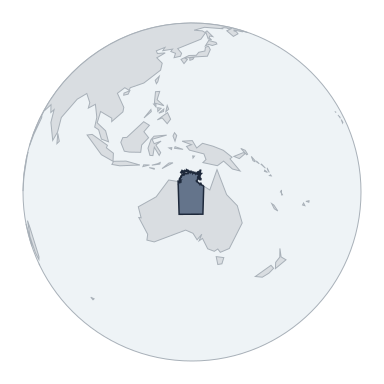 Northern Territory highlighted on a globe, orthographic projection
{"feature_id": "AUS-2650", "entity_name": "Northern Territory", "entity_type": "Territory", "adm_level": 1, "iso_a3": "AUS", "parent_name": "Australia", "parent_adm1": "", "projection": "orthographic", "projection_center": [133.869, -18.484], "detail": "fine", "context": "on_globe", "style": "filled", "palette": "slate", "viewbox_px": 384, "rotation_deg": 0, "n_neighbors": 0, "source": "natural_earth", "source_scale": "10m", "svg_char_len": 10719}
<svg xmlns="http://www.w3.org/2000/svg" viewBox="0 0 384 384"><circle cx="192" cy="192" r="169" fill="#eef3f6" stroke="#a8b0b8"/><path d="M309.0,200.7L309.0,202.0L308.8,202.1L309.0,200.7ZM278.4,46.8L278.3,46.7L278.2,46.7L278.4,46.8ZM342.6,123.1L341.2,119.5L342.9,122.3L342.6,123.1ZM339.8,117.0L340.4,118.3L339.7,117.2L339.8,117.0ZM338.9,116.0L339.5,116.8L339.0,116.3L338.9,116.0ZM337.9,115.1L338.4,115.4L338.4,115.5L337.9,115.1ZM336.0,112.6L335.4,111.9L335.7,111.9L336.0,112.6ZM188.7,23.1L189.5,23.1L190.2,23.0L203.5,23.4L216.7,24.9L229.8,27.3L242.7,30.8L241.9,30.6L247.9,32.6L243.4,31.4L242.4,31.8L234.0,30.0L234.0,30.9L236.3,31.7L238.0,33.8L233.4,36.4L226.8,30.8L231.7,28.5L228.8,28.8L226.3,27.9L223.4,27.7L221.6,28.3L223.3,28.8L204.6,27.3L194.1,30.2L202.4,30.9L205.5,32.8L200.9,39.2L177.7,48.6L181.6,53.3L180.5,56.2L174.1,57.7L175.5,53.3L170.8,51.5L172.6,49.1L162.8,50.7L165.0,47.4L156.3,50.8L157.4,53.5L165.2,52.9L156.8,57.8L162.2,63.2L160.6,70.1L143.9,83.0L130.3,87.7L129.0,90.2L124.8,87.7L117.4,93.3L123.8,107.4L122.9,111.9L111.7,121.6L111.8,118.2L100.6,111.5L97.2,122.8L105.6,130.8L108.5,141.8L101.4,139.1L98.6,129.7L94.7,127.1L96.8,117.3L95.4,104.3L88.3,108.1L89.8,102.7L86.8,93.5L77.2,99.2L61.3,117.5L57.5,132.2L52.7,140.4L50.9,122.4L54.1,109.6L50.8,112.5L51.0,104.7L44.0,111.1L45.3,108.5L43.5,111.5L43.6,111.3L49.6,101.0L56.3,91.3L63.7,82.0L71.8,73.3L80.4,65.1L89.6,57.6L99.2,50.8L109.4,44.6L119.9,39.2L130.8,34.5L142.0,30.6L153.5,27.5L165.1,25.2L176.9,23.7L188.7,23.1ZM39.4,119.4L40.2,117.9L44.2,110.4L41.9,115.2L41.7,117.6L33.8,134.4L29.3,146.3L33.8,132.6L39.4,119.4ZM26.6,157.4L28.1,152.0L27.2,155.8L23.9,176.6L23.0,191.1L24.0,174.2L26.6,157.4ZM26.1,223.9L26.3,225.0L30.0,239.8L32.0,246.4L26.1,223.9ZM39.1,263.8L39.5,264.6L39.7,265.2L39.1,263.8ZM90.8,297.2L94.1,298.8L93.0,299.8L90.8,297.2ZM30.1,228.1L39.0,256.8L38.9,259.5L35.4,252.7L29.8,236.2L28.9,228.9L27.5,220.6L30.1,228.1ZM149.2,167.6L154.3,168.4L154.2,169.2L149.2,167.6ZM143.7,164.8L149.5,165.0L142.9,166.6L143.7,164.8ZM151.8,165.2L157.6,163.7L160.2,162.5L159.8,164.1L151.8,165.2ZM139.9,165.0L119.7,165.8L111.9,164.4L113.6,161.3L126.1,161.1L139.9,165.0ZM113.0,161.3L101.4,154.7L87.1,135.0L92.2,134.4L107.4,145.3L106.4,147.8L113.4,153.2L113.0,161.3ZM141.7,145.0L140.7,152.3L129.4,152.1L124.3,151.2L120.8,142.3L122.8,137.6L126.8,137.4L143.7,121.7L149.4,125.3L143.9,131.7L148.6,137.7L141.7,145.0ZM57.8,133.4L59.3,141.3L56.9,143.7L57.8,133.4ZM151.3,111.6L144.0,117.9L150.9,109.5L151.3,111.6ZM155.9,104.0L156.0,107.0L153.5,104.0L155.9,104.0ZM128.1,94.2L123.7,95.2L124.0,93.1L129.8,90.7L128.1,94.2ZM159.3,76.2L157.8,81.7L156.4,83.7L155.2,80.3L159.3,76.2ZM271.0,265.3L273.6,268.3L269.0,273.1L262.3,277.2L255.3,276.5L271.0,265.3ZM217.8,264.5L216.2,256.6L223.8,257.6L221.9,263.8L217.8,264.5ZM275.7,262.3L279.8,257.1L279.9,248.4L281.1,256.9L286.0,259.8L275.4,268.6L275.7,262.3ZM185.6,230.1L154.2,241.9L146.9,240.1L147.7,234.3L138.8,217.5L141.1,217.8L138.3,206.8L156.2,196.8L168.7,180.0L179.9,181.8L187.6,170.4L199.6,172.6L196.6,181.7L209.8,190.0L217.0,169.6L226.6,194.6L237.3,205.7L242.2,223.0L229.3,248.5L220.3,252.3L217.8,249.0L214.3,251.3L207.7,248.8L202.5,238.4L199.1,240.8L201.8,234.2L197.1,239.8L193.0,233.3L185.6,230.1ZM271.7,203.6L273.9,205.1L277.8,211.0L274.3,208.8L271.7,203.6ZM303.6,203.0L304.9,205.7L302.5,205.0L303.6,203.0ZM308.8,202.1L305.9,201.4L309.0,200.7L308.8,202.1ZM281.3,192.8L282.5,194.8L281.7,195.0L281.3,192.8ZM280.4,192.0L281.5,190.0L281.5,192.4L280.4,192.0ZM269.5,175.6L270.6,174.8L271.3,175.9L269.5,175.6ZM162.0,168.6L169.0,163.0L173.0,162.8L162.0,168.6ZM267.5,172.4L264.4,171.3L264.7,170.2L267.5,172.4ZM267.6,169.7L267.1,167.8L269.3,172.5L267.6,169.7ZM261.5,164.1L265.4,168.2L261.1,164.3L261.5,164.1ZM259.3,163.8L256.5,161.8L256.7,161.3L259.3,163.8ZM230.0,158.9L240.1,171.0L232.4,169.0L223.6,161.1L217.4,165.7L202.9,162.6L206.0,159.5L203.9,153.9L189.4,150.1L186.5,146.4L191.5,144.7L182.1,141.2L192.3,140.6L196.7,148.0L202.5,143.3L213.0,146.2L223.3,150.3L232.0,157.2L230.0,158.9ZM192.7,155.9L194.5,156.1L193.0,158.1L192.7,155.9ZM251.3,156.4L255.3,161.0L254.9,161.7L253.0,160.7L251.3,156.4ZM233.9,156.4L243.1,152.7L245.4,153.4L239.3,158.6L233.9,156.4ZM240.8,148.4L245.2,150.3L247.6,154.2L246.7,154.8L240.8,148.4ZM171.8,147.6L171.5,149.5L168.9,147.9L171.8,147.6ZM175.1,146.7L183.1,149.4L174.5,148.3L175.1,146.7ZM152.0,139.3L154.2,143.7L161.1,141.1L155.9,145.0L160.7,152.6L159.2,155.4L154.3,147.2L152.9,155.6L149.9,155.4L148.0,148.2L151.0,139.6L154.0,136.2L166.7,135.1L152.0,139.3ZM175.0,141.2L173.0,136.0L174.5,132.7L176.7,135.5L175.0,141.2ZM167.2,123.7L162.2,117.9L157.3,119.9L167.5,112.6L170.6,119.2L167.2,123.7ZM163.5,111.5L158.8,113.2L163.8,109.0L163.5,111.5ZM157.8,111.4L157.7,107.7L161.1,108.3L157.8,111.4ZM165.8,111.7L167.2,105.5L168.7,109.2L165.8,111.7ZM157.1,99.7L163.9,105.7L154.4,103.0L155.5,91.7L159.7,91.4L157.1,99.7ZM189.9,60.3L189.7,57.9L193.9,57.7L192.8,59.4L189.9,60.3ZM207.4,56.2L194.9,56.9L184.9,58.2L187.4,59.5L184.0,63.6L181.0,59.4L189.0,55.5L196.3,55.3L198.7,52.3L204.9,51.0L205.4,47.3L208.5,46.2L210.3,49.6L207.4,56.2ZM205.4,45.8L208.7,40.5L216.0,42.4L216.9,44.0L212.3,45.5L208.7,44.4L205.4,45.8ZM211.6,39.9L208.2,38.9L205.7,31.8L207.0,30.9L212.8,36.6L209.8,36.0L209.1,37.6L211.6,39.9Z" fill="#d9dde1" stroke="#a8b0b8" stroke-width="1"/><path d="M178.1,181.5L178.7,181.9L178.7,182.2L178.6,182.6L178.8,182.4L178.8,182.6L178.9,182.2L178.8,181.4L178.9,181.6L179.1,181.5L179.5,181.7L179.8,182.0L179.8,182.4L180.0,182.3L180.1,182.5L180.2,182.4L179.9,181.7L180.0,181.4L180.4,181.5L180.8,181.2L180.9,181.3L180.9,181.0L180.4,181.3L180.4,181.2L180.2,181.3L180.0,181.1L179.8,180.7L180.2,180.7L180.4,180.5L180.0,180.6L179.6,180.5L179.1,180.2L179.2,179.9L179.5,179.4L179.5,179.1L179.8,179.2L179.8,178.9L179.9,179.0L180.2,178.9L180.1,178.5L180.4,178.2L180.6,177.3L180.7,177.5L180.8,177.5L181.3,177.3L181.6,176.9L181.9,177.0L181.2,176.4L181.3,175.8L181.4,175.7L181.5,175.8L181.8,175.7L181.9,175.0L182.0,175.0L182.2,174.9L182.4,174.9L182.6,175.1L182.9,175.1L182.5,174.8L182.5,174.7L182.6,174.3L182.5,174.2L183.1,174.3L183.1,174.7L183.5,174.9L183.5,174.7L183.7,174.8L183.4,174.5L183.7,174.6L183.4,174.3L183.2,174.3L183.2,174.2L183.5,174.0L183.9,174.1L183.7,173.5L183.8,173.4L184.0,173.4L184.5,173.7L184.6,173.1L184.7,173.6L185.0,173.8L186.0,173.7L186.3,173.6L186.8,173.8L187.3,173.4L187.4,173.6L187.7,173.6L187.8,173.8L187.7,174.1L187.9,173.8L187.9,173.4L188.2,173.2L188.6,173.3L188.8,173.3L188.4,173.1L188.5,172.5L188.3,172.3L188.6,171.9L188.3,171.8L188.0,171.4L187.7,171.3L186.9,171.5L186.7,171.4L186.7,171.2L186.4,171.2L186.5,171.0L185.9,170.9L186.0,170.8L186.1,170.6L186.3,170.5L186.4,170.8L186.5,170.7L186.5,170.4L186.8,170.7L186.9,171.0L187.0,170.9L187.1,171.2L187.3,171.0L187.1,170.9L187.1,170.4L187.4,170.8L187.4,170.5L187.6,170.4L187.7,170.8L187.9,170.6L188.0,170.7L188.5,171.5L189.0,171.2L189.7,171.5L190.0,172.1L190.5,172.0L190.4,172.2L190.7,172.1L190.9,172.3L191.0,172.2L191.0,172.5L191.1,172.4L191.4,172.4L191.8,172.1L192.1,172.1L191.9,172.4L191.9,172.5L192.2,172.7L192.5,172.5L192.8,172.6L192.9,172.8L192.9,173.2L193.2,172.8L193.6,173.1L194.1,173.1L194.6,172.8L194.9,173.3L195.2,173.4L195.5,173.7L195.9,173.8L195.7,173.6L196.3,173.6L195.9,173.5L196.2,173.3L196.5,173.2L196.6,173.3L196.8,173.1L197.0,173.2L197.3,173.0L196.9,173.1L197.0,172.8L197.4,172.8L197.8,172.5L197.8,172.2L198.0,172.3L197.9,172.5L197.3,173.0L197.9,172.9L197.1,173.4L197.4,173.9L197.8,173.4L197.9,173.5L198.3,173.1L198.0,173.6L198.3,173.6L198.1,174.0L198.2,174.3L198.9,174.3L199.2,173.7L198.7,173.5L199.8,172.7L199.5,172.9L199.7,173.0L200.0,173.8L200.3,173.8L200.3,173.6L200.1,173.6L200.3,173.5L200.7,173.6L200.8,174.0L201.0,174.0L200.3,174.6L200.5,174.3L200.3,174.4L200.3,174.7L200.1,174.8L200.1,175.1L199.9,175.1L199.9,175.4L199.7,175.2L199.7,175.3L199.5,175.2L199.5,175.5L200.0,175.9L199.8,176.0L199.7,175.8L199.7,176.1L199.5,176.6L199.4,176.5L199.0,176.8L199.2,176.6L199.2,176.1L199.0,176.4L198.8,176.3L198.8,176.5L198.6,176.7L198.5,176.3L198.3,176.6L198.3,176.8L198.1,176.5L197.9,176.7L197.8,177.0L198.0,177.1L197.7,177.2L197.7,177.6L197.9,177.9L197.8,178.0L198.0,178.1L198.2,177.8L198.3,177.8L198.1,178.5L197.9,178.7L197.8,179.4L197.4,179.6L197.1,180.1L196.7,180.7L196.3,180.9L196.6,181.6L198.7,183.0L198.8,183.4L199.5,183.9L200.1,184.3L200.1,184.6L200.3,184.5L200.7,184.6L200.9,184.4L201.9,185.1L203.0,185.5L203.3,186.1L203.7,186.4L202.9,214.2L179.1,214.3L178.1,181.5ZM185.3,171.2L185.2,171.4L185.1,171.5L185.1,171.8L184.8,171.7L184.6,172.2L183.6,172.8L182.3,172.0L181.9,170.7L182.0,170.5L182.3,170.9L182.5,170.9L182.5,171.2L182.8,171.3L182.9,171.2L183.5,171.0L183.8,171.3L183.8,171.0L184.1,170.8L184.3,171.2L184.3,170.8L184.5,170.6L184.6,170.9L184.9,170.8L185.1,171.2L185.3,171.2ZM200.9,179.3L200.8,179.7L200.7,179.7L200.2,179.6L199.9,179.7L199.3,179.4L199.0,179.5L199.3,179.2L199.3,178.3L199.6,178.4L199.6,178.2L199.8,178.3L199.9,178.2L199.7,177.9L199.9,178.0L200.2,177.8L200.0,178.1L200.2,178.4L200.4,178.4L200.5,178.1L200.7,178.3L200.5,178.6L200.3,178.7L200.3,178.8L200.1,179.1L200.2,179.4L200.3,179.3L200.6,179.5L200.7,179.3L200.9,179.3ZM182.1,172.1L182.6,172.3L182.3,172.5L181.8,172.3L181.1,172.5L180.9,172.4L181.0,172.3L181.0,172.1L181.4,172.1L181.4,171.6L181.6,171.1L181.8,171.0L182.0,171.4L181.9,171.6L182.2,171.8L182.1,172.1ZM188.0,170.5L188.1,170.3L187.9,170.1L188.2,170.1L188.3,169.9L188.3,170.5L188.3,171.0L188.0,170.5ZM201.1,183.7L201.2,184.1L201.1,184.3L200.8,183.9L200.7,183.9L200.9,183.6L201.1,183.7ZM200.4,170.2L200.2,170.7L199.7,171.3L200.2,170.6L200.2,170.2L200.4,170.2ZM198.9,178.0L198.8,178.4L198.7,178.4L198.6,178.1L198.5,178.4L198.4,178.3L198.4,178.0L198.6,178.1L198.7,177.9L198.9,178.0ZM199.1,171.8L199.5,171.4L199.2,171.8L198.7,172.0L198.9,171.7L199.1,171.8ZM199.8,183.4L199.7,183.7L199.5,183.4L199.8,183.4ZM188.4,171.9L188.5,172.0L188.3,172.1L188.1,171.9L188.4,171.9ZM198.8,173.0L199.1,172.9L198.9,173.1L198.5,173.1L198.8,173.0ZM200.0,183.7L200.1,183.9L199.9,184.1L199.8,183.9L200.0,183.7ZM200.3,183.7L200.4,183.8L200.1,184.0L200.1,183.7L200.3,183.7ZM198.5,177.5L198.4,177.0L198.7,177.2L198.6,177.3L198.5,177.5ZM179.6,181.3L179.8,181.5L179.8,181.8L179.6,181.3ZM190.5,171.8L190.9,171.8L190.5,171.9L190.5,171.8ZM198.0,172.1L198.3,171.9L198.2,172.1L198.0,172.1ZM200.6,183.5L200.4,183.4L200.6,183.3L200.6,183.5ZM190.9,171.3L191.0,171.5L190.6,171.6L190.6,171.4L190.9,171.3ZM197.3,181.3L197.4,181.5L197.2,181.5L197.3,181.3ZM194.8,173.0L195.0,173.1L195.0,173.3L194.8,173.0ZM187.6,173.2L187.8,173.2L187.8,173.3L187.6,173.2ZM199.9,172.2L199.8,172.4L199.6,172.4L199.9,172.2ZM179.9,181.4L179.9,181.5L179.8,181.3L179.9,181.4ZM195.6,172.7L195.4,172.8L195.4,172.7L195.6,172.7ZM199.5,172.7L199.5,172.4L199.5,172.7ZM200.5,173.2L200.5,173.4L200.4,173.3L200.5,173.2Z" fill="#64748b" stroke="#1e293b" stroke-width="1.5"/></svg>